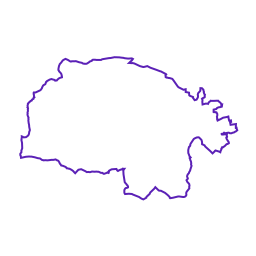 Ciofrangeni, Arges, Romania, rotated 177°
{"feature_id": "2599482B54704009633873", "entity_name": "Ciofrangeni", "entity_type": "district", "adm_level": 2, "iso_a3": "ROU", "parent_name": "Romania", "parent_adm1": "Arges", "projection": "robinson", "projection_center": [24.531, 45.102], "detail": "fine", "context": "isolated", "style": "outline", "palette": "violet", "viewbox_px": 256, "rotation_deg": 177, "n_neighbors": 0, "source": "geoboundaries", "source_scale": "gbopen_adm2", "svg_char_len": 5744}
<svg xmlns="http://www.w3.org/2000/svg" viewBox="0 0 256 256"><g transform="rotate(177 128 128)"><path d="M186.8,200.3L189.0,199.3L189.8,198.7L191.3,196.8L192.8,195.4L192.9,195.0L193.6,193.7L194.3,191.1L194.4,190.4L194.5,189.6L194.2,189.3L193.8,188.1L192.4,186.5L191.7,185.3L191.3,183.1L191.3,182.1L193.1,181.7L194.5,181.1L195.9,180.0L196.6,179.2L198.3,179.1L198.8,179.9L199.4,180.0L201.9,180.9L203.8,180.4L206.6,179.0L206.8,178.6L207.3,178.4L208.3,176.1L209.2,175.6L209.8,175.4L210.6,174.8L211.7,172.9L211.9,172.2L213.1,170.7L213.8,170.2L218.5,168.3L220.2,168.4L220.4,168.0L220.4,167.3L220.4,166.5L220.2,166.1L220.3,163.6L220.1,163.5L220.8,162.9L220.7,162.3L220.9,162.0L221.6,161.8L222.3,161.4L222.6,160.9L222.6,160.6L222.9,160.3L223.8,160.2L224.9,159.1L225.4,158.9L226.0,158.1L226.3,158.0L226.7,157.6L226.7,156.8L227.1,155.9L227.1,155.2L227.0,154.2L227.3,153.8L226.9,153.3L226.8,152.4L227.1,151.9L227.0,150.4L227.1,149.8L227.3,149.5L227.6,148.3L227.4,147.8L227.7,146.5L227.3,144.9L226.8,143.7L226.8,143.4L227.0,143.1L226.9,141.7L227.1,141.1L227.1,140.6L226.9,137.7L226.7,137.0L226.6,135.5L226.6,134.3L226.1,131.1L226.4,130.2L226.8,129.5L227.2,127.3L227.8,126.1L228.6,125.3L230.3,124.2L232.7,124.1L233.8,124.9L234.5,125.2L234.5,124.2L234.8,123.4L234.8,122.5L235.1,121.7L234.6,118.7L234.7,113.3L235.7,110.9L235.7,109.4L236.9,107.9L237.0,106.6L236.6,106.0L236.4,103.8L231.6,104.6L228.8,104.7L226.0,104.5L222.5,103.6L219.7,102.6L217.5,102.2L215.4,100.5L214.2,100.3L213.9,100.1L212.4,100.2L210.0,99.9L205.8,100.2L204.1,100.1L201.9,100.4L200.7,99.5L200.4,99.5L199.3,98.9L198.3,97.2L198.1,96.4L197.8,95.8L197.2,95.2L196.7,94.1L194.9,93.6L192.2,92.3L192.0,91.9L191.1,90.9L190.7,91.0L189.5,90.5L188.6,90.4L186.6,89.2L185.0,87.9L184.0,86.6L183.1,85.6L181.2,87.5L179.7,88.9L176.9,89.3L173.0,87.2L171.4,86.1L170.0,86.2L168.6,85.9L168.0,85.9L166.2,86.4L163.9,86.1L161.7,86.1L160.7,85.9L159.9,85.9L158.7,85.4L158.2,85.1L157.9,84.8L157.1,84.6L155.8,84.5L154.9,83.6L154.2,83.5L151.6,84.3L150.8,84.8L150.0,84.1L149.6,84.3L149.6,85.0L149.3,85.4L149.4,86.0L149.2,86.3L147.4,87.2L146.4,87.6L141.7,87.7L141.0,86.2L140.3,85.6L139.6,85.9L139.1,86.3L136.8,87.0L136.1,86.9L135.8,87.4L135.4,87.7L134.9,87.6L134.5,87.4L133.8,87.4L134.9,85.9L134.9,81.9L134.1,74.1L133.5,73.2L132.5,72.0L132.1,71.2L131.5,70.7L131.0,69.4L131.1,68.7L132.1,68.3L133.5,68.1L134.2,67.4L134.9,66.2L135.0,64.3L135.0,63.4L134.4,62.2L130.6,62.3L127.6,61.9L126.4,61.2L120.5,58.5L119.0,57.3L117.9,56.6L116.4,55.9L113.4,57.4L113.3,58.0L112.0,59.3L111.2,59.7L111.0,60.2L109.9,60.9L109.2,62.4L105.0,66.0L103.8,67.5L100.6,64.0L99.5,63.7L98.4,63.6L94.4,61.3L91.9,59.0L90.8,57.8L90.1,57.0L89.9,56.0L89.6,55.7L86.8,56.0L81.5,57.0L80.2,56.9L76.6,56.2L75.6,56.2L74.6,56.5L73.9,57.0L73.5,57.6L73.2,58.1L73.3,59.7L73.1,60.7L72.4,61.7L69.9,64.5L70.0,66.1L69.6,67.1L69.8,68.8L70.2,69.4L71.6,71.1L72.3,72.8L72.1,73.2L71.2,73.9L70.9,74.3L70.9,74.7L71.5,76.2L71.5,76.7L71.4,77.2L70.8,78.5L69.5,79.8L69.3,80.6L68.2,82.2L67.9,83.3L66.5,86.9L66.9,88.0L66.9,88.8L66.7,89.3L66.8,90.8L67.0,91.7L67.4,92.4L67.7,94.1L68.0,94.7L67.3,95.1L67.0,95.3L68.2,96.9L68.5,98.2L69.1,99.8L69.0,102.8L68.2,105.5L67.9,106.1L67.4,106.3L66.8,107.1L66.7,108.1L66.4,108.9L62.9,113.6L61.8,114.2L60.0,114.9L59.3,115.0L57.9,115.0L57.7,114.9L56.9,114.1L55.4,112.4L55.2,112.1L54.8,110.2L54.9,108.0L54.6,107.7L54.1,107.6L52.4,106.6L52.0,105.7L51.7,105.3L47.1,100.7L44.9,98.2L42.6,100.2L42.4,100.6L41.8,101.0L38.1,99.6L37.1,99.0L36.8,100.0L35.8,101.9L35.9,102.4L35.0,103.8L34.6,103.5L32.2,105.0L30.4,106.7L29.5,106.8L28.1,107.5L28.1,108.5L29.9,111.6L30.4,113.1L30.3,113.4L29.7,113.7L29.5,114.0L29.8,115.4L29.7,116.0L29.6,116.4L31.5,116.7L32.9,116.5L33.4,116.6L34.4,116.5L34.7,116.7L34.8,117.2L34.6,117.3L34.0,117.1L33.7,117.2L33.2,117.5L32.3,118.3L31.7,117.9L31.2,117.7L27.9,118.1L27.2,117.9L26.5,117.4L25.2,117.3L23.7,117.8L22.4,118.0L21.6,118.5L20.2,119.1L19.0,120.1L19.4,121.1L19.6,122.6L20.3,122.5L20.3,123.3L20.0,126.3L25.4,125.8L25.8,128.6L24.7,128.7L24.8,130.2L26.0,130.0L26.3,129.9L26.6,130.0L27.1,132.8L27.1,133.4L27.2,134.2L28.7,133.8L32.5,133.3L34.7,132.2L38.0,130.8L38.1,131.9L38.5,131.9L38.5,134.0L38.6,134.4L38.6,134.7L38.2,135.6L38.1,137.2L38.3,138.0L38.7,138.4L38.9,139.0L39.6,139.0L39.9,139.3L41.4,139.3L41.7,139.5L41.5,141.9L39.0,142.3L38.7,142.5L37.9,143.4L37.1,143.7L36.0,144.0L35.0,144.0L33.2,144.4L33.0,145.3L32.8,146.4L33.6,146.1L33.6,147.0L34.3,148.3L36.3,150.1L36.5,150.5L37.8,150.6L41.3,150.6L43.2,150.7L44.0,150.9L44.3,150.5L45.5,149.8L46.2,149.0L46.8,147.9L47.2,148.1L49.1,148.3L52.3,147.6L52.4,150.4L52.1,152.2L52.5,153.1L52.6,153.3L52.0,153.8L50.6,154.3L50.0,154.6L49.7,154.9L49.7,155.4L49.8,156.1L49.4,157.2L50.2,158.3L50.3,159.4L50.5,159.8L50.3,160.5L50.7,161.4L50.7,162.3L52.1,163.9L53.6,164.0L53.8,161.7L54.0,161.2L56.1,159.1L56.6,157.6L56.4,156.5L56.5,155.3L56.8,154.6L58.1,152.7L60.0,152.3L61.5,154.7L61.4,155.5L64.5,156.9L65.1,157.4L65.2,160.1L68.5,160.9L68.4,163.7L70.6,163.3L75.5,166.1L76.3,167.1L79.6,172.4L80.9,174.4L81.3,174.8L83.8,175.7L84.7,175.8L85.7,176.1L86.4,176.4L86.8,176.3L87.7,176.8L87.8,178.7L87.0,179.5L87.2,179.8L92.2,182.8L93.0,183.0L96.6,184.6L102.4,187.0L105.5,188.8L108.4,188.2L109.6,188.1L112.9,189.2L117.7,191.8L118.8,192.3L119.4,192.4L119.9,192.6L121.6,192.6L122.2,192.8L123.5,192.9L121.8,194.4L120.7,195.2L119.5,196.7L120.5,197.3L124.3,197.3L127.8,197.9L128.9,198.3L130.9,198.6L133.0,199.0L137.8,199.4L141.8,198.8L143.3,198.8L150.2,198.0L151.3,197.4L155.8,197.6L157.3,197.9L159.5,198.0L160.3,197.6L160.5,197.1L161.2,196.8L162.9,196.3L163.3,195.8L165.6,194.5L166.4,194.3L168.1,194.4L168.6,194.6L169.2,194.6L169.9,194.9L170.6,195.5L173.3,196.2L176.6,197.5L177.7,197.4L180.6,197.6L181.5,197.3L182.3,197.6L184.4,199.1L186.8,200.3Z" fill="none" stroke="#5b21b6" stroke-width="2"/></g></svg>